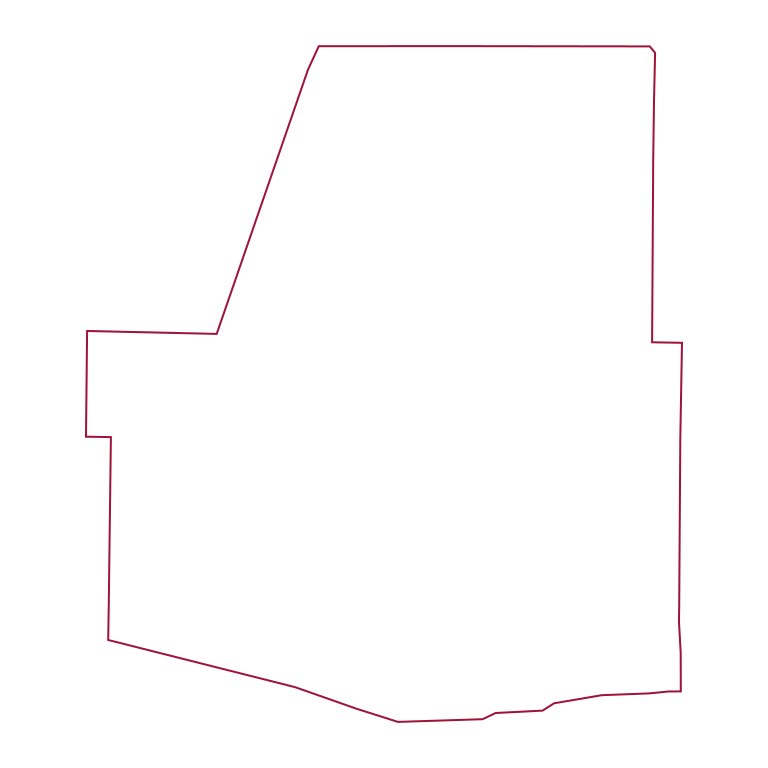 Paulding, Georgia, United States of America (Albers equal-area conic projection)
{"feature_id": "52423323B85895559064140", "entity_name": "Paulding", "entity_type": "district", "adm_level": 2, "iso_a3": "USA", "parent_name": "United States of America", "parent_adm1": "Georgia", "projection": "albers", "projection_center": [-84.846, 33.929], "detail": "fine", "context": "isolated", "style": "outline", "palette": "rose", "viewbox_px": 768, "rotation_deg": 0, "n_neighbors": 0, "source": "geoboundaries", "source_scale": "gbopen_adm2", "svg_char_len": 503}
<svg xmlns="http://www.w3.org/2000/svg" viewBox="0 0 768 768"><path d="M108.2,640.0L295.2,687.2L356.7,708.8L397.9,721.9L482.6,719.2L495.6,713.0L542.6,710.6L554.0,703.3L601.6,695.2L649.2,693.4L668.3,691.5L680.8,691.4L680.7,652.8L679.0,622.3L679.2,605.9L680.3,438.9L682.0,342.8L652.1,342.3L653.2,161.5L654.0,101.3L655.1,52.9L649.8,46.4L434.6,46.1L365.9,46.2L318.8,46.2L307.9,69.9L216.7,333.9L87.1,331.0L86.0,436.7L110.9,437.1L108.8,602.4L108.2,640.0Z" fill="none" stroke="#9f1239" stroke-width="2"/></svg>